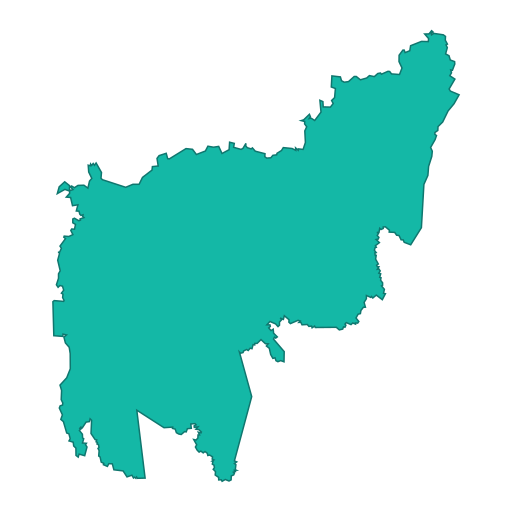 Maulvibazar, Sylhet, Bangladesh (Albers equal-area conic projection)
{"feature_id": "16705992B62450131352427", "entity_name": "Maulvibazar", "entity_type": "district", "adm_level": 2, "iso_a3": "BGD", "parent_name": "Bangladesh", "parent_adm1": "Sylhet", "projection": "albers", "projection_center": [91.87, 24.487], "detail": "fine", "context": "isolated", "style": "filled", "palette": "teal", "viewbox_px": 512, "rotation_deg": 0, "n_neighbors": 0, "source": "geoboundaries", "source_scale": "gbopen_adm2", "svg_char_len": 5928}
<svg xmlns="http://www.w3.org/2000/svg" viewBox="0 0 512 512"><path d="M78.2,457.1L79.1,454.1L84.7,455.7L87.0,447.0L85.5,444.7L86.4,443.3L82.5,443.0L83.7,438.7L82.6,438.0L82.4,434.2L79.4,430.5L80.4,429.3L79.7,428.4L80.9,427.1L81.5,428.5L82.4,427.7L86.1,422.1L89.4,421.6L90.1,418.8L91.6,420.3L91.0,433.5L95.1,439.6L96.7,439.9L96.1,441.8L97.4,442.4L97.0,444.0L98.4,444.5L99.0,447.4L98.0,448.4L99.1,450.6L98.7,456.0L100.1,457.0L101.2,462.1L103.8,463.4L103.4,464.7L107.4,466.4L108.8,463.7L112.3,463.8L113.9,469.8L123.1,470.9L127.0,476.9L131.9,475.2L133.5,478.0L134.6,477.2L135.9,478.3L136.6,477.0L137.5,478.3L145.1,478.1L136.8,410.2L164.0,427.7L172.7,427.1L172.5,428.4L175.2,429.1L176.4,432.7L178.7,434.0L181.2,434.5L184.6,431.6L186.2,431.9L187.4,428.7L191.3,428.3L190.8,424.0L195.0,423.6L196.1,424.8L194.1,425.9L194.3,427.4L198.0,426.8L195.9,429.2L199.0,429.7L201.4,432.0L201.0,432.9L198.3,432.2L199.6,434.9L198.0,435.0L197.9,438.0L196.1,440.0L193.7,439.5L196.7,444.8L195.4,447.0L197.2,450.2L199.1,452.1L200.9,451.1L203.2,452.9L205.0,451.5L207.3,453.3L207.8,455.5L209.7,455.1L212.5,456.8L212.2,459.1L213.9,459.9L212.1,461.1L213.0,461.3L212.3,464.1L214.0,465.2L214.4,467.7L213.2,469.3L215.5,471.6L215.2,475.0L218.6,477.4L218.7,479.9L221.3,479.8L222.1,481.3L225.3,479.5L229.0,481.0L231.1,479.9L231.3,475.9L233.7,474.9L234.4,473.2L233.4,472.2L235.4,471.6L234.4,470.3L236.3,470.2L235.3,469.7L235.9,464.7L234.4,463.5L236.7,461.9L234.4,460.9L251.7,396.6L239.4,352.0L240.6,353.2L243.0,352.6L243.7,350.9L246.6,349.5L248.2,350.5L250.2,348.2L252.0,348.7L253.1,344.6L254.7,344.9L254.8,343.4L257.1,343.4L261.0,339.6L265.4,343.7L268.2,343.8L266.4,346.0L269.3,348.3L270.7,354.6L272.9,358.4L275.0,357.8L276.0,360.7L277.9,361.7L280.7,360.6L284.0,361.8L284.2,351.6L273.5,339.1L274.4,337.2L275.7,338.1L277.3,336.9L273.6,333.2L273.2,329.2L271.0,330.6L268.7,327.9L270.3,326.5L270.0,324.9L266.9,324.8L269.9,321.5L275.6,323.9L278.0,326.6L279.5,325.2L279.5,322.0L281.7,319.7L280.2,318.0L283.4,319.4L284.3,315.7L289.0,319.7L288.9,322.2L290.4,323.6L298.1,320.3L300.2,321.0L298.9,322.4L300.8,322.3L302.0,324.8L307.3,324.5L308.9,326.4L311.6,326.1L312.1,327.8L314.6,326.1L315.3,327.5L336.3,327.3L339.3,329.9L342.7,329.1L343.5,326.9L345.0,327.2L345.9,325.2L345.0,324.1L346.3,322.6L351.0,324.6L352.7,323.0L355.5,324.1L355.4,323.0L357.7,323.1L358.8,321.5L356.0,318.0L358.1,314.2L360.4,313.6L360.9,310.5L363.4,307.3L365.4,307.2L364.1,302.4L366.4,298.7L366.4,295.5L370.8,297.4L371.5,296.5L372.8,298.0L376.3,295.1L382.3,299.7L385.4,293.7L383.5,293.4L384.4,289.3L381.5,285.9L382.6,285.3L382.6,282.8L380.6,280.2L381.0,277.7L379.7,277.3L380.7,273.8L378.8,273.2L380.2,270.9L378.8,268.9L377.4,269.2L378.9,266.8L377.3,266.7L376.6,265.2L378.3,264.0L375.6,259.1L376.2,255.4L375.3,255.5L374.8,253.0L376.2,252.6L374.4,250.3L375.1,247.6L376.3,247.3L375.4,245.7L379.4,242.6L376.1,239.5L378.2,239.1L378.9,237.4L377.2,235.6L378.6,233.1L376.9,232.4L379.0,232.3L379.7,228.3L381.0,229.5L383.2,228.5L383.2,227.0L385.4,226.8L389.4,230.2L389.2,232.1L394.7,232.4L396.6,235.2L399.0,235.5L401.1,239.8L403.2,239.9L404.2,242.3L410.7,244.8L421.4,227.7L423.9,184.4L427.9,175.4L428.6,166.4L431.8,156.4L432.3,151.2L430.6,147.5L435.1,139.6L436.5,135.5L434.9,134.4L434.9,132.5L437.8,130.5L438.0,126.6L442.7,122.0L448.1,110.9L454.0,103.8L459.1,94.8L450.4,91.1L449.1,89.0L454.9,79.1L449.8,75.7L451.5,72.8L450.7,69.9L452.4,70.3L454.8,64.0L454.6,61.6L450.3,60.0L449.0,55.7L445.6,53.9L447.3,47.6L446.0,44.9L447.4,44.1L445.3,40.2L445.5,36.4L443.3,34.8L433.8,33.4L431.5,34.9L431.1,33.3L433.0,32.0L431.6,30.7L429.0,33.9L424.7,34.0L428.6,38.6L428.3,41.6L421.5,41.4L410.6,45.7L409.8,50.7L405.1,52.6L404.2,50.1L402.9,50.1L399.1,55.2L399.0,61.6L402.0,68.0L399.5,74.5L391.5,73.9L389.7,71.5L388.0,71.3L381.4,74.2L380.5,73.0L377.8,73.5L374.3,76.6L369.4,75.6L366.7,78.0L360.4,79.8L356.3,76.5L354.2,76.5L348.5,81.6L344.2,82.2L341.5,80.7L340.4,76.9L331.9,75.9L331.3,87.0L335.4,88.5L334.6,97.6L331.6,100.5L333.2,103.5L330.4,107.1L323.2,106.9L322.9,101.6L319.9,100.3L321.0,112.1L314.7,120.5L311.2,118.2L309.1,118.6L310.4,116.7L309.4,114.3L303.7,119.8L301.2,120.6L304.7,121.5L304.6,123.9L306.7,126.8L304.8,130.9L305.4,142.5L303.1,149.4L298.4,148.9L298.2,150.2L295.6,147.9L295.8,150.4L292.1,148.5L283.3,147.6L281.5,150.5L277.0,153.3L276.7,154.8L272.9,155.3L270.8,157.8L266.7,158.1L264.8,156.7L265.0,153.7L255.3,151.2L252.4,147.9L251.2,148.9L247.3,147.7L245.8,146.0L245.9,143.4L243.0,148.3L241.1,149.4L233.6,147.3L234.3,143.4L229.6,142.2L229.1,149.7L222.0,153.5L218.7,146.4L213.5,147.2L207.9,146.2L205.4,151.0L196.4,154.5L192.5,149.3L186.0,148.6L169.3,158.9L167.7,158.7L166.2,153.3L159.1,155.6L157.0,158.4L158.2,166.0L152.4,166.6L152.0,170.1L142.5,177.4L139.1,184.3L132.9,184.3L125.7,187.3L102.4,179.7L101.0,178.2L101.5,172.5L96.1,163.0L94.5,165.3L93.2,163.5L91.6,165.5L90.6,164.0L90.2,165.8L88.2,165.2L88.7,172.0L91.8,178.4L89.5,181.1L87.9,188.1L83.9,185.2L78.0,185.4L74.4,187.7L71.6,186.0L70.5,186.9L73.0,189.6L70.7,190.4L69.4,189.5L69.6,185.7L64.7,181.8L59.2,186.8L57.3,193.6L64.9,189.4L69.6,191.1L69.6,193.4L66.3,197.1L70.6,197.5L72.5,205.7L77.9,204.8L76.3,211.0L79.0,211.2L79.8,214.2L81.0,215.4L83.0,214.8L82.7,216.3L84.0,217.6L80.1,218.9L80.4,220.2L78.8,220.7L74.4,218.2L72.8,219.0L72.8,222.8L75.5,224.4L74.5,229.2L71.7,229.0L70.8,230.5L72.9,234.6L68.8,236.5L64.2,236.1L63.8,237.2L65.5,238.6L60.0,246.1L61.4,248.3L59.7,252.0L58.0,252.3L59.3,252.5L59.4,253.9L57.7,260.2L60.2,270.8L58.5,273.8L58.5,278.3L56.4,284.8L58.1,287.3L59.9,285.5L62.5,286.2L63.7,290.2L61.4,293.2L63.0,294.2L62.6,297.5L64.1,300.5L63.6,301.4L54.2,300.6L52.9,301.7L53.8,335.7L62.8,336.4L63.0,334.1L66.5,334.9L63.9,337.1L65.4,342.9L69.2,347.3L70.2,353.6L70.3,368.8L66.7,377.8L60.0,385.1L61.6,390.5L61.2,399.6L62.8,403.0L62.5,405.1L60.2,405.8L59.3,408.0L62.4,414.9L60.8,419.4L63.4,421.6L66.7,433.0L68.9,433.8L70.2,438.7L69.0,440.9L73.2,442.2L73.7,446.0L75.9,448.1L76.0,455.4L78.2,457.1Z" fill="#14b8a6" stroke="#0f766e" stroke-width="1.5"/></svg>